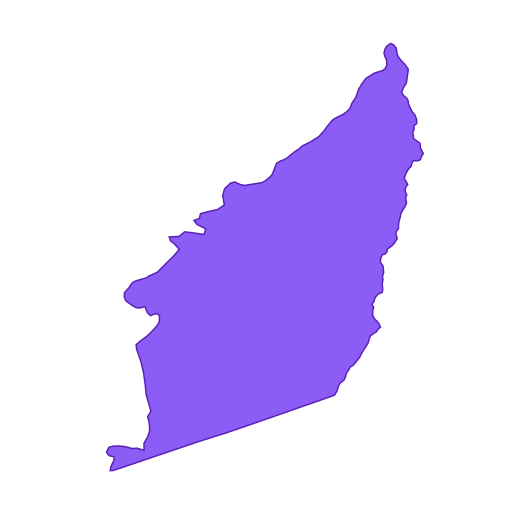 São João do Tigre, Paraíba, Brazil, rotated 167°
{"feature_id": "56859067B66408797844540", "entity_name": "São João do Tigre", "entity_type": "district", "adm_level": 2, "iso_a3": "BRA", "parent_name": "Brazil", "parent_adm1": "Paraíba", "projection": "mercator", "projection_center": [-36.816, -8.117], "detail": "fine", "context": "isolated", "style": "filled", "palette": "violet", "viewbox_px": 512, "rotation_deg": 167, "n_neighbors": 0, "source": "geoboundaries", "source_scale": "gbopen_adm2", "svg_char_len": 2846}
<svg xmlns="http://www.w3.org/2000/svg" viewBox="0 0 512 512"><g transform="rotate(167 256 256)"><path d="M150.8,158.5L151.2,161.5L152.4,164.6L154.5,167.7L155.7,171.7L154.6,176.2L152.8,179.8L154.0,182.6L151.3,185.1L149.2,188.9L145.1,191.6L141.2,192.2L140.0,195.0L139.5,199.1L138.7,202.0L137.6,204.6L137.3,207.9L135.4,211.0L134.8,214.9L134.5,217.9L136.2,221.6L135.3,225.1L132.8,228.8L129.7,228.9L127.5,230.7L126.1,233.4L123.0,234.6L120.0,236.1L117.6,238.1L114.5,241.2L114.7,245.4L114.2,248.1L111.0,250.6L110.0,254.7L108.5,258.5L107.0,260.8L105.3,264.7L102.5,267.8L99.7,270.7L97.4,273.7L97.2,278.9L95.4,281.6L96.1,285.5L94.8,289.1L92.1,291.5L92.8,294.2L94.1,298.2L91.7,302.3L88.0,306.3L84.5,308.6L83.4,311.3L81.1,313.6L77.9,312.5L74.3,312.7L72.0,316.3L69.9,318.2L70.7,321.2L71.5,324.7L70.9,329.0L73.1,331.7L76.1,334.9L75.6,338.0L75.6,341.2L73.6,343.5L73.0,347.2L69.5,349.1L68.8,353.5L69.5,357.7L71.2,361.0L72.2,364.6L73.1,369.5L72.9,373.7L74.0,376.5L75.8,378.6L77.3,382.6L75.4,385.6L73.6,387.8L70.7,390.4L65.6,403.7L67.9,409.3L70.2,413.1L72.0,416.6L72.9,419.7L72.9,423.0L72.6,427.1L74.6,430.9L77.1,432.9L81.8,430.8L84.1,428.1L85.6,425.0L85.5,421.4L84.7,417.6L85.6,412.5L87.5,410.0L90.7,408.2L99.4,407.6L109.1,404.3L114.7,399.4L118.2,395.7L123.1,388.1L128.2,383.3L131.1,378.8L135.2,376.1L139.5,374.4L144.4,373.2L148.4,372.3L151.2,371.0L158.2,365.7L161.4,362.7L168.0,358.2L177.1,355.0L185.9,352.9L190.2,350.6L195.5,348.6L204.0,344.4L207.1,343.6L210.9,343.0L215.0,341.8L221.8,331.9L224.2,330.1L229.9,327.2L233.5,326.1L236.3,326.3L239.2,326.5L245.9,327.0L251.1,327.3L255.5,329.3L260.1,332.9L264.4,332.8L271.5,328.5L274.8,322.4L275.4,312.8L283.1,309.9L294.1,310.0L300.6,309.7L302.7,305.4L308.5,304.6L306.3,299.9L298.9,293.9L301.7,288.7L315.8,294.1L320.2,295.6L326.6,292.4L336.3,294.1L335.8,289.8L333.0,286.5L329.3,279.8L333.8,276.3L336.7,274.3L350.4,265.8L355.9,262.3L364.8,260.6L368.2,259.3L377.5,258.9L381.3,258.3L384.4,256.3L386.6,253.9L392.4,249.9L393.6,245.6L392.8,241.4L387.4,235.3L384.4,232.6L381.1,231.5L375.5,231.6L374.8,225.7L372.3,221.6L368.3,222.3L364.8,221.8L363.6,219.1L364.4,215.7L365.5,212.9L368.1,210.3L375.0,205.6L380.3,202.4L387.0,199.6L392.7,196.6L393.3,192.1L392.8,187.5L391.9,179.1L391.8,167.8L393.0,154.7L394.2,145.9L393.3,128.5L397.8,123.6L397.5,118.7L398.3,112.1L399.3,108.9L402.3,104.1L407.2,98.9L408.8,91.9L415.6,95.7L419.4,96.0L425.7,99.4L432.6,101.8L438.2,102.9L442.3,102.7L445.8,98.6L444.1,94.5L439.6,92.4L440.2,89.2L444.5,83.7L446.4,79.7L443.7,79.1L353.4,88.1L324.5,90.4L287.2,94.3L210.9,102.7L208.0,105.6L205.9,108.8L204.4,111.5L202.1,113.5L198.2,115.2L195.8,118.4L194.3,121.5L191.4,124.0L189.2,126.6L186.1,127.6L182.4,130.3L177.7,134.0L175.3,137.1L172.7,139.8L169.7,142.6L166.3,146.1L164.9,148.8L162.7,152.2L159.0,154.0L155.7,155.1L153.6,157.2L150.8,158.5Z" fill="#8b5cf6" stroke="#5b21b6" stroke-width="1.5"/></g></svg>